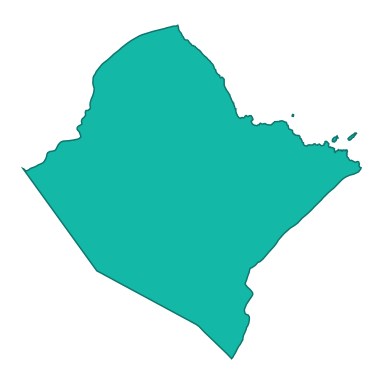 Maekel Deb.Keih Bahri, Debubawi Keyih Bahri, Eritrea (Albers equal-area conic projection)
{"feature_id": "51966322B58552537539737", "entity_name": "Maekel Deb.Keih Bahri", "entity_type": "district", "adm_level": 2, "iso_a3": "ERI", "parent_name": "Eritrea", "parent_adm1": "Debubawi Keyih Bahri", "projection": "albers", "projection_center": [41.68, 13.747], "detail": "fine", "context": "isolated", "style": "filled", "palette": "teal", "viewbox_px": 384, "rotation_deg": 0, "n_neighbors": 0, "source": "geoboundaries", "source_scale": "gbopen_adm2", "svg_char_len": 5949}
<svg xmlns="http://www.w3.org/2000/svg" viewBox="0 0 384 384"><path d="M23.0,168.6L96.8,270.8L196.7,324.7L197.6,325.5L198.7,326.1L204.1,331.8L227.1,353.9L231.6,358.7L233.0,357.0L234.2,354.6L235.2,353.2L237.4,348.7L238.9,346.0L240.1,344.5L242.8,339.7L242.8,338.4L243.6,335.1L245.5,331.1L246.3,328.9L246.5,327.5L247.4,326.4L248.7,323.4L249.3,319.9L249.4,318.0L249.2,316.7L248.2,315.1L246.2,314.4L245.2,313.4L244.8,312.7L244.4,310.4L244.6,308.8L246.5,304.2L252.3,295.5L252.8,294.2L252.6,292.9L251.6,291.3L250.0,289.4L247.6,287.3L245.8,285.1L245.3,284.3L245.4,282.7L246.4,280.4L248.0,275.3L249.1,272.5L249.9,268.8L250.8,268.1L252.3,267.4L255.3,265.3L257.9,262.4L260.0,261.6L262.8,259.2L269.2,251.7L274.4,246.0L276.0,243.9L278.6,239.8L283.9,233.7L290.2,228.1L294.8,225.2L297.7,223.0L302.0,218.3L307.9,213.3L311.0,210.4L314.6,206.5L321.4,199.9L323.3,197.6L328.3,192.7L331.3,190.0L333.5,188.4L341.9,179.7L344.4,177.8L346.1,176.8L349.7,175.2L354.1,174.0L358.5,171.9L360.9,168.8L360.7,168.2L361.0,167.7L359.9,167.3L359.8,167.1L359.4,166.9L359.4,166.4L359.0,165.7L359.4,163.7L359.0,163.2L358.7,161.9L357.8,161.5L357.1,161.8L356.5,161.8L355.6,162.3L355.1,162.2L353.2,161.3L352.9,161.0L352.6,161.0L351.6,160.3L350.8,160.6L349.6,160.2L348.0,157.6L347.2,156.9L347.2,156.6L346.7,155.8L347.1,154.2L346.7,153.8L346.7,153.3L347.4,151.6L347.0,151.2L347.2,150.5L347.0,150.1L346.6,149.9L345.7,150.0L345.5,150.6L345.1,150.8L344.7,150.2L343.4,150.0L342.9,150.8L342.2,151.1L341.8,151.0L342.2,150.2L341.9,150.1L341.1,150.4L339.6,150.4L339.7,150.2L339.2,150.3L338.4,149.6L338.1,149.8L338.1,150.3L337.7,150.6L337.2,150.6L336.8,151.1L335.7,151.4L335.6,152.1L335.3,152.4L335.0,152.5L334.4,151.6L334.6,150.6L334.2,149.6L334.4,149.5L334.5,149.0L334.4,148.6L333.2,148.1L332.7,147.6L331.4,147.7L330.7,147.0L330.1,147.0L330.1,147.3L329.9,147.3L329.4,147.3L328.9,147.0L328.6,146.4L328.5,145.0L328.9,143.9L328.1,142.9L327.3,142.3L327.3,142.0L326.7,141.8L326.3,141.4L325.7,141.3L325.0,141.7L325.0,143.0L324.3,143.5L324.4,143.8L324.0,144.2L323.9,145.1L322.4,145.6L321.2,145.7L319.4,144.1L318.2,144.4L317.5,145.1L316.3,145.1L315.1,143.9L314.5,143.9L313.5,144.1L312.8,145.0L311.0,145.0L310.8,145.1L309.1,144.8L307.8,145.2L307.1,146.0L305.7,145.9L304.5,145.4L303.9,144.9L303.4,144.1L303.5,142.8L302.7,142.4L302.0,141.7L301.8,140.4L301.3,139.1L300.9,138.7L300.5,138.8L300.2,138.5L299.9,137.7L300.0,136.8L299.6,136.1L298.9,135.5L296.3,135.4L295.8,135.0L295.4,135.1L294.8,134.7L294.3,134.0L293.9,134.0L293.4,133.8L292.6,132.3L292.6,131.2L292.3,130.3L288.9,128.9L288.5,127.9L288.1,125.5L287.1,125.0L286.5,122.7L285.9,122.4L285.8,122.1L284.6,122.0L283.9,121.4L281.8,120.8L279.9,121.1L279.9,121.3L279.2,121.5L274.6,121.7L274.2,122.3L273.1,123.0L272.8,123.8L271.9,124.1L271.5,124.6L270.8,125.0L267.4,124.8L267.0,124.7L266.6,124.3L265.7,124.2L265.2,123.6L264.1,123.6L263.0,124.0L261.8,124.0L260.3,123.2L259.5,124.0L259.2,124.8L258.0,124.9L257.3,125.6L256.4,125.6L253.8,125.0L252.6,124.1L252.0,123.4L251.3,121.8L251.3,121.0L251.8,120.9L252.3,120.1L252.8,119.9L253.0,119.3L252.9,118.9L252.5,118.7L252.4,117.6L251.7,116.6L251.3,116.3L251.1,115.7L249.3,115.7L248.2,116.5L247.8,116.5L246.7,116.0L246.4,115.6L246.0,115.5L245.2,116.1L244.1,117.8L243.1,117.8L242.2,117.5L241.2,117.7L241.0,118.3L240.6,118.3L239.1,117.8L237.8,116.3L236.6,113.8L235.9,111.8L235.8,110.0L235.7,109.9L235.4,109.4L235.5,109.0L235.7,108.9L235.3,108.7L234.7,107.5L234.2,105.3L233.6,104.3L233.7,103.3L233.2,103.2L233.1,102.8L233.0,102.6L233.0,102.8L232.9,102.7L232.9,102.1L232.6,102.0L232.4,101.4L231.8,100.7L231.1,98.5L230.7,97.9L229.9,95.7L229.9,95.2L229.7,95.2L228.4,92.7L226.5,90.1L226.2,89.3L225.8,89.1L225.4,87.9L224.9,87.3L224.2,85.0L224.1,79.2L222.3,77.3L221.7,77.2L221.2,77.8L220.4,77.6L219.8,76.7L219.7,75.4L217.7,74.2L216.3,72.3L215.7,70.9L215.8,70.0L214.9,69.2L214.4,68.6L214.1,67.9L214.0,67.1L213.4,65.5L212.8,64.4L210.9,62.4L210.2,61.3L209.8,61.1L209.3,60.5L208.0,59.4L207.2,58.3L205.8,57.1L205.6,56.7L204.8,56.3L203.6,55.2L201.7,53.1L201.1,52.1L199.9,51.0L199.8,50.5L197.8,49.3L196.4,47.9L195.7,47.5L195.0,46.4L193.2,45.8L193.1,45.5L191.8,45.4L191.0,44.0L189.1,42.3L188.9,41.7L188.2,40.6L187.2,40.0L185.9,40.0L185.0,39.7L184.0,38.6L183.3,36.9L182.4,36.0L181.3,33.5L180.7,32.6L179.8,31.6L178.7,29.8L178.4,27.3L177.8,25.3L176.7,25.9L175.8,26.1L172.9,26.2L170.2,27.1L167.9,27.5L164.0,28.7L153.3,31.3L142.3,34.7L139.4,35.9L131.5,40.4L127.0,43.5L121.4,47.9L118.6,50.5L114.0,54.0L109.3,58.4L107.1,60.3L103.8,62.8L101.9,64.5L96.3,71.5L95.1,74.2L93.9,75.8L93.2,77.5L92.9,82.6L93.1,84.7L94.1,88.1L94.2,89.4L93.6,93.0L92.6,96.1L91.4,98.7L90.3,102.3L90.0,104.6L90.4,107.7L89.8,109.0L88.4,110.1L87.9,110.4L86.1,110.5L85.6,111.0L85.3,112.3L85.6,115.2L84.3,117.1L82.2,118.9L81.6,120.3L81.5,121.2L81.8,123.8L81.7,124.4L80.1,125.3L79.7,125.4L77.9,126.6L77.1,128.0L77.2,129.4L77.9,130.4L79.0,131.5L79.7,133.0L80.8,136.0L80.7,137.2L79.5,138.2L78.3,139.0L73.7,140.0L68.3,140.8L63.3,141.1L60.9,142.0L59.8,143.0L58.2,144.9L56.2,148.9L55.7,149.7L54.8,150.5L53.0,151.1L49.9,151.5L47.9,152.6L47.2,153.6L46.3,157.5L45.9,158.5L44.2,161.5L42.8,162.9L40.6,164.0L38.7,164.7L35.5,166.6L30.6,168.4L28.3,170.1L27.0,170.7L25.7,170.8L23.7,168.9L23.0,168.6ZM355.9,133.7L356.5,133.5L356.4,133.2L356.1,133.0L355.0,133.0L354.6,133.3L354.2,134.0L353.4,134.2L353.1,134.7L351.5,135.5L351.1,136.0L350.1,136.7L348.1,138.5L348.3,139.6L349.1,140.2L349.8,140.1L350.0,139.8L350.6,139.7L350.9,139.3L351.3,139.1L352.4,137.7L353.0,137.3L353.6,137.3L354.4,135.7L355.5,134.8L355.6,134.2L355.9,133.7ZM338.0,137.8L337.4,137.4L337.4,136.3L337.1,135.9L335.9,137.0L334.2,137.4L333.9,137.9L332.6,139.2L332.7,139.7L332.3,140.3L332.4,140.5L332.5,141.6L333.7,141.6L334.0,142.0L334.7,141.9L335.0,141.5L335.2,140.8L336.0,140.6L336.0,140.1L336.5,139.7L336.2,139.0L336.7,138.2L337.1,137.9L338.0,138.1L338.0,137.8ZM293.3,116.4L293.5,116.0L293.6,114.9L293.4,114.6L292.8,114.4L292.5,114.7L292.1,116.1L292.3,116.3L293.3,116.4Z" fill="#14b8a6" stroke="#0f766e" stroke-width="1.5"/></svg>